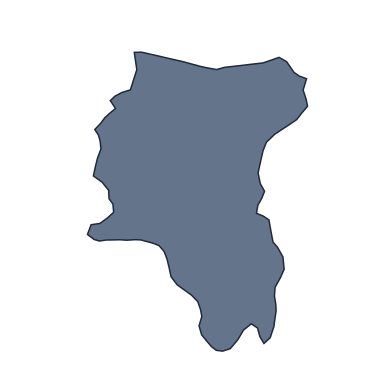 the district of Delta, Minas Gerais, Brazil, rotated 192°
{"feature_id": "56859067B91011546493920", "entity_name": "Delta", "entity_type": "district", "adm_level": 2, "iso_a3": "BRA", "parent_name": "Brazil", "parent_adm1": "Minas Gerais", "projection": "natural_earth1", "projection_center": [-47.811, -19.931], "detail": "fine", "context": "isolated", "style": "filled", "palette": "slate", "viewbox_px": 384, "rotation_deg": 192, "n_neighbors": 0, "source": "geoboundaries", "source_scale": "gbopen_adm2", "svg_char_len": 1415}
<svg xmlns="http://www.w3.org/2000/svg" viewBox="0 0 384 384"><g transform="rotate(192 192 192)"><path d="M285.4,128.7L277.9,125.2L272.3,124.8L266.3,127.1L259.3,128.7L252.5,130.3L245.7,131.3L237.9,133.5L232.1,134.5L219.5,133.8L213.1,132.7L206.9,128.0L202.7,121.6L198.7,113.3L194.8,104.7L187.1,98.1L179.0,94.5L171.0,91.0L163.5,85.9L159.2,78.7L156.5,72.3L157.3,62.5L152.8,54.2L146.4,49.1L140.8,44.8L135.4,42.2L129.0,42.7L122.0,46.7L116.3,57.4L113.0,67.5L106.6,75.4L99.6,72.6L95.6,64.7L90.1,58.8L85.2,65.7L83.9,77.6L84.6,86.2L85.0,93.2L86.8,99.9L89.7,107.3L90.9,116.2L87.7,126.6L85.8,135.6L89.5,147.3L96.9,155.8L102.3,159.8L105.0,166.2L108.0,173.4L110.9,180.7L117.1,183.2L124.5,184.6L124.8,192.9L122.4,200.5L121.2,207.8L126.9,214.3L131.3,224.4L131.3,235.9L131.1,247.0L129.6,256.1L123.0,265.8L116.9,272.0L110.3,278.7L104.7,284.5L101.0,292.1L96.8,299.9L99.6,306.4L104.5,314.8L103.5,326.6L111.3,327.7L117.1,330.2L126.6,339.2L134.8,341.8L149.2,333.1L186.3,320.6L193.3,316.9L203.0,316.6L210.3,316.6L227.3,317.6L270.2,318.3L277.5,316.6L274.8,309.3L271.4,300.1L272.7,287.3L273.5,279.1L281.2,274.8L287.3,269.7L290.9,264.4L284.2,257.8L288.8,252.0L292.7,246.6L295.6,240.2L300.1,232.9L295.4,228.3L292.5,222.8L290.0,215.2L291.5,205.3L291.8,195.4L291.8,187.2L282.0,182.9L273.9,176.3L271.7,168.1L266.9,163.8L264.4,155.8L269.6,148.7L275.6,142.1L283.9,139.0L285.4,128.7Z" fill="#64748b" stroke="#1e293b" stroke-width="1.5"/></g></svg>